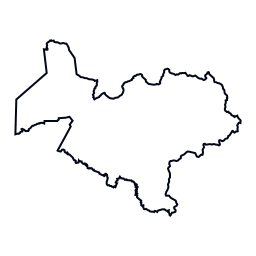 Trojes, El Paraíso, Honduras
{"feature_id": "27666195B23836678424083", "entity_name": "Trojes", "entity_type": "district", "adm_level": 2, "iso_a3": "HND", "parent_name": "Honduras", "parent_adm1": "El Paraíso", "projection": "albers", "projection_center": [-85.831, 14.051], "detail": "fine", "context": "isolated", "style": "outline", "palette": "ink", "viewbox_px": 256, "rotation_deg": 0, "n_neighbors": 0, "source": "geoboundaries", "source_scale": "gbopen_adm2", "svg_char_len": 5797}
<svg xmlns="http://www.w3.org/2000/svg" viewBox="0 0 256 256"><path d="M15.4,134.3L17.4,133.7L18.7,133.8L19.0,133.3L19.9,133.1L20.5,131.8L22.3,131.5L22.7,130.5L21.6,129.1L22.1,128.8L24.3,129.8L25.5,131.1L28.3,131.0L28.7,130.5L28.7,129.3L30.6,127.9L32.2,125.9L32.7,125.7L33.3,125.8L35.1,124.8L36.2,124.6L37.2,123.8L37.7,123.9L39.1,123.2L39.6,123.5L40.5,122.9L42.2,122.8L42.9,123.1L43.6,123.0L43.7,123.3L44.2,123.5L44.5,121.0L57.4,121.0L57.7,120.3L58.6,119.7L58.9,118.9L58.8,118.2L65.9,117.7L69.5,116.8L72.6,120.8L69.7,124.6L70.7,126.5L57.6,150.6L59.2,151.3L60.8,151.5L62.2,149.6L63.3,149.6L64.5,150.2L64.6,151.6L64.9,152.2L66.4,152.9L67.2,152.4L67.7,153.1L67.3,153.8L67.6,154.3L69.8,154.6L70.1,155.1L72.9,157.7L73.1,158.4L74.0,160.1L75.1,160.3L75.8,160.9L75.5,162.2L75.9,163.0L78.5,162.5L78.8,160.8L79.2,161.5L79.9,161.0L80.5,161.4L81.6,161.5L81.6,162.2L83.0,163.7L83.8,164.0L84.5,163.4L85.4,163.6L85.5,164.5L86.3,164.2L87.0,164.7L87.3,165.4L86.5,165.9L87.7,167.2L87.7,168.2L89.2,168.6L89.8,168.4L90.0,168.0L91.1,168.5L91.7,168.2L93.2,170.1L93.9,169.8L94.3,170.8L99.0,172.4L99.4,172.8L99.4,173.7L102.7,175.3L103.4,175.0L104.2,176.1L104.9,175.6L105.3,173.8L105.7,173.7L106.9,174.7L107.4,177.5L107.8,178.0L106.6,182.3L106.9,184.5L107.7,185.3L109.0,185.1L109.6,185.9L111.4,186.0L111.8,186.6L112.7,186.8L113.4,187.4L114.2,186.5L115.4,187.2L115.7,186.7L115.3,186.0L115.9,185.5L117.0,183.3L116.4,183.2L115.7,182.6L115.7,182.2L116.3,181.6L116.6,181.0L117.6,180.3L117.2,178.8L118.9,178.6L119.9,176.7L121.1,178.3L121.8,178.2L122.3,178.5L123.6,178.5L124.8,179.8L125.7,179.5L126.2,179.9L126.7,179.5L127.8,180.3L129.3,180.2L130.2,180.6L131.1,180.3L131.7,180.6L132.1,181.5L133.4,181.5L134.1,182.2L134.5,183.1L136.7,184.5L136.5,184.8L135.0,184.6L135.5,186.2L136.2,186.6L137.4,186.5L137.6,186.7L137.5,187.3L136.2,187.7L137.0,188.4L137.0,189.6L136.6,189.9L136.0,189.7L135.5,190.3L135.7,190.7L136.7,191.0L136.9,191.4L136.7,192.4L135.8,192.4L135.8,192.9L136.9,193.1L137.2,193.5L136.3,193.8L135.6,194.5L135.5,194.9L136.6,194.8L137.3,195.8L137.0,196.3L137.1,197.3L138.0,198.2L138.8,198.7L139.0,199.1L141.2,200.6L141.2,201.2L140.6,202.1L140.8,202.6L141.3,202.8L141.2,205.2L141.5,205.6L143.4,205.3L143.5,205.8L143.1,206.1L143.0,206.7L144.0,209.0L144.7,209.3L146.1,208.9L147.7,210.0L149.0,210.5L149.7,211.3L152.3,211.8L153.2,211.5L154.1,212.0L155.0,210.9L157.2,211.9L157.3,211.2L158.0,210.6L162.4,209.3L164.5,209.3L166.2,210.6L167.1,210.8L167.6,211.4L168.3,210.5L168.8,210.3L168.7,212.1L169.5,214.1L169.6,215.0L170.2,215.6L170.7,215.1L171.9,212.7L173.1,212.6L175.1,211.9L175.5,211.5L175.6,210.1L174.3,208.7L174.1,207.4L174.4,207.0L176.6,205.7L177.3,204.4L176.1,202.4L176.0,201.2L175.5,200.5L170.9,197.9L169.0,195.7L166.1,195.7L165.6,194.5L166.3,191.8L167.5,189.8L168.3,187.7L168.4,186.9L168.0,184.4L169.2,181.6L168.9,179.2L170.0,177.2L169.9,173.3L168.0,168.7L168.4,167.7L169.9,166.3L169.9,165.3L169.2,163.9L169.7,161.6L170.5,161.1L174.0,160.4L176.4,161.0L177.9,160.6L179.3,159.2L180.8,158.2L180.9,156.4L181.2,155.8L184.2,154.4L186.7,152.0L187.6,151.6L188.8,151.6L195.2,153.1L196.8,156.5L198.7,157.0L200.8,154.9L201.4,154.6L202.2,154.9L202.6,154.7L203.0,152.1L202.6,149.8L204.0,147.3L203.4,144.9L203.6,144.1L204.2,143.8L204.9,143.8L205.9,144.7L209.3,144.2L210.9,144.2L212.0,144.6L213.6,144.0L215.9,144.6L217.2,144.7L218.8,145.4L219.4,145.2L219.8,144.8L219.9,144.1L219.2,142.1L219.1,140.8L219.3,140.3L220.6,140.2L221.8,141.0L222.8,141.1L224.1,140.3L225.4,138.8L227.4,138.3L227.9,137.6L228.2,136.0L229.5,135.5L232.4,130.9L232.9,131.0L233.7,132.2L234.4,132.6L235.8,131.6L237.7,131.3L237.5,128.7L237.8,127.0L237.2,125.2L238.8,122.8L239.6,122.7L240.4,123.0L240.6,120.4L237.9,117.5L237.3,115.7L235.0,116.6L234.6,117.0L233.9,116.5L233.8,115.9L233.2,115.9L231.5,115.1L230.7,113.6L228.7,112.6L228.4,111.7L226.9,112.0L225.2,110.6L224.8,109.1L225.5,106.7L225.0,104.7L225.7,103.2L225.8,101.2L225.6,100.5L227.0,100.1L227.0,98.6L227.3,98.2L226.9,97.6L227.3,96.9L226.9,95.4L224.8,93.5L224.2,89.8L223.1,88.8L222.7,86.6L221.7,84.7L219.3,83.3L217.5,83.0L216.0,82.2L214.6,82.1L214.1,80.9L214.1,79.4L213.7,78.1L209.4,74.3L208.9,72.4L208.6,72.1L207.6,72.4L207.1,73.7L205.2,75.3L205.2,76.6L206.3,77.9L206.3,78.3L204.8,79.7L203.5,80.0L201.6,78.6L200.2,78.7L198.4,78.1L195.3,75.5L192.9,76.4L189.6,75.2L188.5,76.0L187.7,75.9L185.3,72.8L184.3,73.1L182.0,73.0L181.3,73.4L180.2,73.1L178.1,74.6L176.6,74.4L175.4,75.0L173.8,73.9L171.7,73.4L170.1,72.7L169.3,71.7L169.3,70.0L168.4,69.0L167.6,68.7L164.9,69.5L164.2,70.3L164.0,71.0L164.2,72.1L163.1,74.6L163.2,75.7L161.5,77.2L161.5,78.2L159.8,81.9L160.3,83.0L159.6,83.9L158.4,84.4L156.7,83.9L155.8,84.5L153.4,84.7L148.6,83.9L147.2,82.6L146.5,82.3L145.7,80.8L145.8,79.9L142.5,76.9L142.1,76.3L142.1,75.0L141.2,74.3L140.2,74.0L138.7,74.6L136.9,74.7L135.6,76.0L134.8,75.8L133.4,76.8L133.1,77.3L133.4,78.2L132.1,78.8L131.8,80.0L130.4,80.4L129.5,81.1L127.9,81.4L126.5,82.2L125.4,82.2L123.6,83.6L123.5,84.6L122.1,86.1L122.4,87.4L122.8,88.1L123.2,88.3L123.5,89.9L123.5,90.8L122.8,92.9L121.7,94.8L119.9,95.8L117.8,97.5L115.2,97.8L113.6,98.7L110.5,98.3L109.0,97.6L105.9,95.1L105.1,94.2L104.9,93.2L104.1,92.8L101.5,94.3L100.6,95.6L99.7,96.0L99.2,97.0L96.4,98.1L94.4,99.4L94.0,98.8L93.8,97.8L93.2,97.2L93.7,96.2L92.9,94.9L94.2,92.8L93.6,91.2L94.4,89.6L94.4,88.5L95.5,87.9L95.5,86.6L96.5,85.8L96.9,85.1L96.7,83.0L97.3,82.0L97.2,80.2L94.7,80.9L94.1,80.1L92.3,79.5L88.8,79.2L86.8,78.2L84.8,78.1L83.1,77.4L80.8,77.1L79.2,75.7L76.6,74.2L74.6,58.0L69.0,49.9L68.7,47.6L66.9,44.4L66.3,43.6L65.2,43.7L63.5,43.0L60.7,43.5L59.5,43.4L58.6,42.7L57.0,42.2L56.3,42.4L54.4,42.0L53.7,40.6L51.7,40.9L51.2,40.4L50.8,40.7L50.1,40.5L49.7,41.2L47.6,42.5L46.9,43.3L46.7,44.0L47.1,45.4L46.7,46.9L47.0,47.6L46.6,48.1L47.6,49.0L47.5,49.6L47.0,49.8L43.9,49.3L46.7,73.0L16.3,99.5L15.4,134.3Z" fill="none" stroke="#020617" stroke-width="2"/></svg>